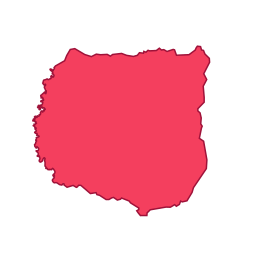 Vichadero, Rivera, Uruguay, rotated 167°
{"feature_id": "84410073B89841560148342", "entity_name": "Vichadero", "entity_type": "district", "adm_level": 2, "iso_a3": "URY", "parent_name": "Uruguay", "parent_adm1": "Rivera", "projection": "mercator", "projection_center": [-54.498, -31.798], "detail": "fine", "context": "isolated", "style": "filled", "palette": "rose", "viewbox_px": 256, "rotation_deg": 167, "n_neighbors": 0, "source": "geoboundaries", "source_scale": "gbopen_adm2", "svg_char_len": 5889}
<svg xmlns="http://www.w3.org/2000/svg" viewBox="0 0 256 256"><g transform="rotate(167 128 128)"><path d="M203.1,86.8L200.7,84.0L194.4,84.4L191.7,81.8L190.6,82.0L189.0,83.3L186.8,82.7L179.4,72.6L173.7,72.2L173.3,70.1L170.8,68.8L165.4,63.2L162.7,62.6L159.5,63.6L157.7,63.6L154.6,60.2L151.4,60.3L150.0,61.2L143.3,56.6L142.4,54.5L135.5,47.6L135.9,46.1L138.1,45.4L137.0,42.7L135.6,39.9L129.3,38.5L128.5,41.0L124.7,43.3L108.7,42.4L104.5,41.3L99.8,42.8L98.5,40.9L95.1,42.0L93.2,44.9L91.7,43.8L86.9,43.8L80.1,50.8L77.6,55.2L60.8,70.8L58.3,79.2L57.3,98.1L60.8,101.9L56.5,111.3L55.3,113.1L56.2,115.7L54.4,121.3L54.4,126.5L56.1,129.0L55.6,131.1L48.0,136.0L46.9,140.7L45.3,151.8L40.4,157.5L42.0,163.8L33.7,173.7L33.1,177.6L36.4,182.8L37.0,186.6L38.8,187.5L39.0,191.0L42.0,192.1L43.5,190.8L45.0,188.8L52.1,185.7L64.4,188.0L65.1,193.7L66.3,194.4L72.8,193.8L75.5,196.3L77.9,196.5L79.5,198.7L83.0,197.1L89.6,198.3L91.0,199.2L93.5,197.8L95.3,199.1L96.1,197.4L99.9,198.8L102.5,196.7L106.6,196.5L113.0,199.1L117.5,202.1L126.4,203.1L129.0,202.0L131.7,204.4L138.4,205.6L142.3,207.1L147.6,205.8L153.6,209.3L162.0,217.3L166.6,217.5L171.4,212.4L174.6,207.8L184.7,204.8L186.4,203.5L186.2,203.0L186.4,202.5L187.0,201.9L187.6,201.4L188.0,200.8L188.3,200.7L188.6,200.7L188.8,201.0L188.9,202.1L189.2,202.4L189.8,202.6L190.1,202.9L190.7,202.8L190.8,202.6L190.5,201.6L188.9,199.8L189.1,199.3L188.8,198.7L188.9,198.3L189.5,198.2L189.6,197.9L188.5,196.7L188.3,195.8L189.0,194.6L189.7,194.4L190.1,194.7L190.3,195.9L190.6,196.2L191.2,196.0L191.6,195.5L191.7,194.1L191.8,193.8L192.1,193.5L193.6,193.4L194.1,193.1L194.8,193.1L195.3,193.4L195.7,194.0L196.1,194.0L197.1,193.7L199.3,193.6L199.9,192.9L200.2,192.4L200.3,191.8L200.5,191.4L201.0,191.0L200.4,189.1L200.0,188.8L199.5,188.8L199.1,189.2L198.8,189.3L198.6,189.1L198.5,188.8L198.8,188.1L199.8,187.4L200.3,186.8L200.4,186.0L200.2,185.7L200.0,184.7L200.0,183.8L199.9,183.3L199.3,182.7L199.3,182.4L199.4,182.1L199.7,182.1L200.0,182.0L200.1,181.8L199.6,181.6L199.6,181.3L200.1,181.1L200.1,180.4L200.3,180.0L200.5,180.0L201.0,180.5L200.9,181.4L201.0,181.7L201.3,181.8L201.7,181.4L204.2,180.1L204.8,179.6L205.5,179.5L205.8,179.0L205.8,178.5L205.7,178.3L205.6,177.9L205.9,176.9L205.6,176.8L205.4,177.3L204.8,177.4L204.6,176.8L204.1,176.3L204.0,176.1L204.4,175.7L204.5,174.7L204.3,174.6L204.1,174.7L203.9,174.3L204.3,173.8L205.2,174.0L205.6,174.0L205.9,174.2L206.5,174.1L206.8,173.9L207.0,173.4L206.9,173.2L206.7,173.2L206.6,173.4L206.3,173.5L206.0,173.3L205.8,172.5L205.4,172.3L205.3,172.1L205.5,171.5L205.8,171.2L206.0,170.6L206.6,170.2L207.1,169.4L207.3,169.4L207.5,169.9L208.0,170.0L208.2,169.9L208.3,169.0L209.4,168.7L209.6,168.8L209.3,169.9L209.7,170.2L210.0,170.1L210.4,170.0L210.8,169.0L211.4,168.7L211.4,168.4L211.4,168.2L211.2,168.1L210.3,168.2L209.9,168.1L209.7,167.9L209.8,167.0L210.4,166.7L210.5,166.5L210.4,166.0L210.2,165.8L209.3,165.9L209.0,166.2L208.6,167.0L208.0,167.5L207.0,167.7L206.7,167.5L206.8,166.7L206.6,166.5L206.4,166.4L205.8,166.7L205.3,166.6L204.7,165.7L204.5,165.1L204.5,164.8L204.9,164.6L205.4,164.8L205.8,164.7L205.9,164.2L205.6,163.9L205.7,163.6L206.0,163.6L206.2,164.0L206.6,164.1L206.8,164.0L207.5,162.8L208.2,163.5L208.4,164.0L208.6,164.1L208.8,163.9L209.5,163.0L209.8,162.8L210.0,161.9L209.9,161.6L210.4,160.9L210.6,160.9L211.5,161.0L211.6,160.8L211.4,160.4L211.4,160.1L211.8,159.8L212.4,159.6L212.7,159.6L213.2,160.1L213.7,160.2L214.1,159.5L214.0,159.1L214.5,158.8L214.9,158.9L215.3,160.1L215.5,160.3L215.9,160.3L216.3,160.1L216.6,159.9L216.6,159.7L216.1,159.2L216.5,158.7L216.3,158.3L216.5,158.0L216.8,157.9L216.9,158.2L217.3,158.3L217.6,158.0L218.2,157.9L219.1,156.5L219.0,156.2L218.6,156.1L217.8,156.8L217.1,156.6L217.2,156.3L217.5,156.2L217.6,155.7L216.9,155.1L216.4,154.8L216.3,154.6L216.5,154.4L216.9,154.2L217.0,154.0L216.9,153.8L216.2,153.3L216.2,153.1L216.5,153.0L217.1,153.2L217.3,152.9L217.3,152.7L217.7,152.4L218.5,152.7L218.5,152.4L218.8,152.1L219.6,151.8L219.8,151.6L219.7,151.3L219.6,151.2L218.7,151.2L218.5,150.9L218.5,150.7L218.7,150.0L218.6,149.3L218.4,149.1L217.9,149.0L217.6,148.8L217.5,148.5L217.7,148.3L218.4,148.4L218.6,148.4L218.8,148.2L218.8,147.9L218.5,147.1L218.1,146.7L217.9,146.4L217.9,146.1L218.0,145.8L218.4,145.4L219.7,145.0L219.9,144.8L219.9,144.5L219.3,143.7L218.8,143.4L218.0,143.3L217.9,142.9L217.8,142.4L217.9,142.1L218.6,141.7L218.5,141.3L218.3,141.1L217.6,141.1L216.7,140.4L216.5,139.9L216.7,139.6L217.2,139.4L219.5,139.2L219.6,138.1L219.7,137.8L220.5,137.2L220.6,136.7L220.1,136.4L220.0,136.2L220.0,135.9L221.1,134.9L221.4,133.9L221.7,133.7L222.1,133.2L222.8,132.8L222.9,131.1L222.7,130.5L222.2,130.1L222.2,129.4L221.8,129.1L221.2,129.2L221.0,129.4L221.0,130.1L220.9,130.2L219.8,128.7L219.7,128.0L220.0,127.0L220.6,126.3L220.9,126.2L221.9,126.2L222.5,126.5L222.6,126.3L222.6,125.9L221.5,124.6L221.2,123.9L221.2,123.2L221.6,122.0L222.1,121.6L222.7,121.3L222.7,120.9L221.5,120.3L221.1,120.7L220.9,120.7L220.7,120.6L220.7,120.3L220.7,119.3L220.6,118.5L220.7,117.8L221.7,116.6L221.9,116.0L221.9,115.6L221.4,114.7L221.0,114.5L220.4,114.5L218.7,115.2L217.9,116.7L216.8,117.7L216.5,117.8L216.2,117.8L215.9,117.4L215.7,117.0L215.8,116.5L216.5,115.4L216.6,112.8L217.3,110.2L217.4,109.5L216.6,108.1L216.9,107.8L217.1,107.1L216.4,106.7L215.8,106.7L215.7,106.5L215.5,105.7L215.2,105.3L214.5,105.3L213.8,105.0L213.6,105.3L213.4,105.3L212.2,104.6L211.6,104.6L211.1,105.4L210.5,105.6L210.2,105.3L209.8,104.6L209.1,102.7L209.0,101.7L209.3,100.8L210.7,99.7L211.4,99.4L211.6,98.8L211.8,98.5L211.6,98.3L211.3,98.4L211.1,98.7L210.8,98.8L210.5,98.7L210.4,98.5L211.4,97.8L211.5,97.4L210.9,97.2L210.7,96.9L211.2,96.1L211.5,95.7L212.8,95.0L213.2,94.6L213.4,94.2L213.5,93.6L213.2,92.6L212.8,91.8L212.2,91.2L211.7,91.1L211.2,91.1L210.2,90.9L209.3,90.3L207.5,88.3L206.3,87.7L205.3,87.3L204.8,87.6L204.1,88.2L203.5,88.2L203.1,88.0L202.9,87.7L202.9,87.1L203.1,86.8Z" fill="#f43f5e" stroke="#9f1239" stroke-width="1.5"/></g></svg>